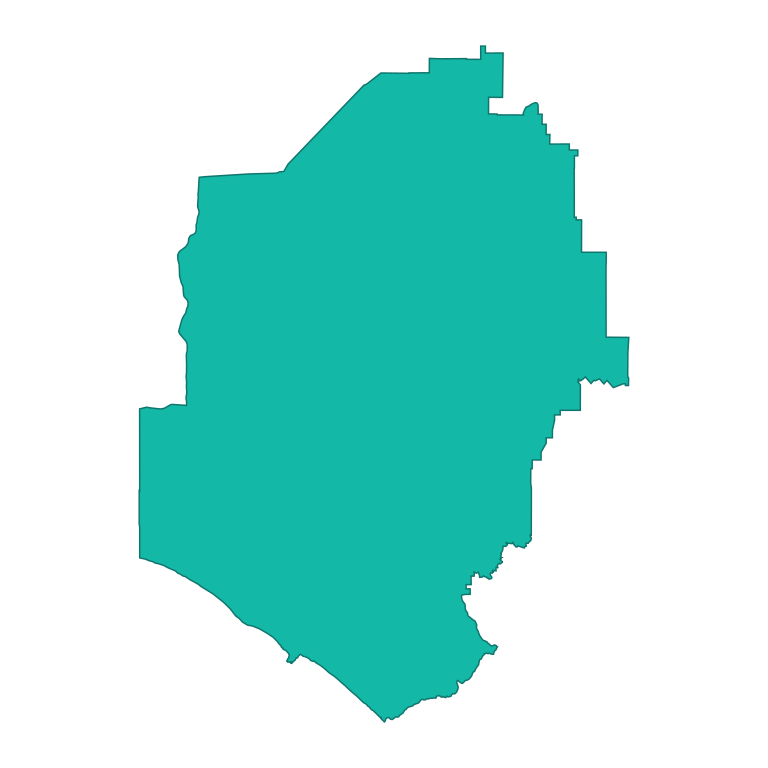 the district of Nannup, Western Australia, Australia
{"feature_id": "25037944B96867361654532", "entity_name": "Nannup", "entity_type": "district", "adm_level": 2, "iso_a3": "AUS", "parent_name": "Australia", "parent_adm1": "Western Australia", "projection": "equal_earth", "projection_center": [115.67, -34.135], "detail": "fine", "context": "isolated", "style": "filled", "palette": "teal", "viewbox_px": 768, "rotation_deg": 0, "n_neighbors": 0, "source": "geoboundaries", "source_scale": "gbopen_adm2", "svg_char_len": 6103}
<svg xmlns="http://www.w3.org/2000/svg" viewBox="0 0 768 768"><path d="M139.7,557.9L145.7,559.2L148.8,560.6L152.6,561.6L155.4,563.1L157.6,563.5L163.4,565.3L168.3,567.9L175.4,570.9L178.0,573.3L179.9,573.9L182.8,575.9L185.4,576.6L190.1,579.8L198.4,584.3L200.8,586.4L213.2,594.0L223.9,602.6L230.4,609.0L235.7,615.9L239.3,618.5L242.6,622.2L247.7,625.2L252.5,626.0L259.6,628.9L267.7,633.6L273.4,637.5L278.0,642.2L278.4,643.3L279.4,644.0L279.6,644.6L280.6,645.1L281.6,647.5L282.9,648.2L283.1,649.2L285.9,650.5L288.6,653.5L289.3,655.3L288.5,658.0L287.4,659.4L287.5,660.1L286.9,660.8L286.9,661.3L287.4,661.4L287.6,662.0L289.7,662.1L290.5,661.8L290.6,663.0L291.1,663.4L291.9,663.2L292.5,662.5L292.2,661.9L293.1,661.8L293.2,661.4L294.1,661.0L294.7,660.4L295.1,660.1L295.8,658.5L296.1,658.5L296.5,657.8L297.6,657.8L298.1,656.6L299.1,655.3L300.5,654.3L303.2,656.3L305.0,656.6L309.0,658.5L310.7,660.5L313.1,661.4L314.4,661.0L315.5,662.5L319.9,665.1L324.2,668.3L329.4,673.0L334.4,676.4L338.7,680.0L341.9,683.0L346.0,686.4L346.6,687.2L351.4,691.6L356.9,696.2L363.2,702.4L366.4,704.3L367.0,704.8L367.3,705.7L369.2,707.0L371.5,709.8L372.7,710.2L374.8,712.1L380.5,717.8L380.7,718.0L381.1,717.6L381.4,718.2L381.3,718.9L384.4,721.9L385.2,721.0L385.9,718.7L387.1,717.7L388.8,717.6L390.6,719.2L392.2,719.5L394.0,718.3L395.4,716.9L397.3,717.1L398.7,716.8L399.6,715.4L403.1,712.9L404.6,710.3L406.3,709.2L407.4,707.6L409.6,706.7L411.6,706.3L413.0,705.7L413.7,704.6L418.5,703.0L419.8,701.6L421.0,699.7L422.7,699.4L423.7,699.9L425.6,699.8L426.5,698.7L428.6,699.0L429.6,698.3L432.4,698.3L434.4,697.8L435.5,698.2L436.1,697.9L436.2,696.8L436.8,696.0L438.0,696.0L439.0,695.4L439.9,696.1L440.5,696.1L441.3,697.2L442.5,696.9L443.0,696.4L444.1,697.3L445.8,697.5L446.8,696.2L448.0,696.9L450.7,696.4L451.3,695.8L451.5,694.7L452.2,694.1L453.3,693.7L454.7,693.9L455.7,693.0L456.8,691.8L457.5,689.7L457.9,689.2L458.2,687.2L457.3,684.0L456.6,682.7L457.3,680.6L457.9,680.4L459.3,681.8L461.6,683.3L462.5,683.3L463.5,682.5L465.2,680.6L467.6,680.0L469.4,678.8L471.6,676.0L472.9,672.3L474.6,671.4L475.8,668.6L478.6,664.7L479.4,660.2L479.8,659.6L481.0,659.2L481.7,658.2L482.3,656.5L484.0,654.7L484.2,653.6L485.6,653.7L486.5,653.1L488.1,653.6L488.4,653.3L489.0,653.5L489.7,653.2L491.3,654.2L493.6,654.2L493.6,653.4L494.4,651.3L496.2,649.5L496.5,648.4L497.3,646.9L496.7,646.9L496.4,645.7L494.5,644.9L491.9,646.1L490.3,645.4L489.6,644.2L488.2,643.6L487.3,642.1L484.6,640.7L483.4,640.5L481.7,638.6L479.9,635.9L478.3,632.1L478.3,631.4L477.5,630.4L476.6,628.2L476.4,627.6L476.7,624.7L475.1,621.3L474.6,620.6L473.5,620.2L467.9,615.7L467.5,613.0L466.7,611.6L465.5,610.1L465.0,604.2L462.9,601.5L461.9,599.5L461.5,596.4L461.7,595.0L465.1,594.4L470.2,594.3L470.1,588.8L466.1,588.9L466.1,584.7L471.2,584.6L471.0,576.1L474.2,576.1L474.2,572.0L476.3,573.2L478.4,572.2L478.7,573.6L479.5,575.2L479.6,577.3L482.5,577.0L482.9,576.7L483.1,576.0L483.5,575.9L484.7,576.7L486.3,576.9L486.6,577.4L487.6,578.2L487.9,578.0L489.1,579.2L491.5,578.5L491.9,577.5L490.1,574.5L490.2,573.5L490.8,572.9L492.2,573.1L492.5,572.8L492.2,572.0L492.4,571.7L492.7,571.8L492.7,572.3L493.3,572.3L493.5,571.7L492.8,571.0L492.6,570.6L492.9,570.2L496.0,570.9L496.1,569.9L495.9,568.5L496.2,567.3L497.4,567.8L497.9,567.5L497.4,566.1L497.7,564.4L499.3,563.3L499.9,564.0L500.3,563.9L502.4,562.2L502.3,561.5L500.9,560.7L500.7,559.7L500.1,559.6L501.0,558.9L500.8,558.6L501.1,558.4L501.0,557.9L501.7,557.6L500.9,557.3L500.7,557.8L500.5,557.4L500.6,557.0L501.0,556.7L500.8,555.1L501.3,554.8L501.3,554.1L500.9,553.7L501.2,553.3L501.0,552.8L502.0,551.7L502.8,549.7L503.1,546.1L505.9,546.4L507.4,544.8L506.8,543.5L506.1,543.3L506.3,542.6L508.4,543.3L512.1,543.6L512.6,543.3L512.5,542.7L512.9,542.4L514.0,544.7L516.1,547.0L517.2,546.9L517.9,545.8L524.1,548.0L524.6,547.6L524.9,546.5L526.3,546.1L525.9,543.8L526.2,543.1L528.2,543.3L528.9,542.1L530.7,540.6L531.2,539.3L531.3,538.1L529.9,535.6L530.6,534.7L531.3,535.1L531.4,488.0L530.7,483.5L530.8,468.7L532.2,468.7L532.2,460.0L541.1,460.0L541.1,452.1L546.2,443.2L546.2,437.8L552.4,437.8L552.4,430.3L554.6,420.2L554.6,414.9L560.2,414.9L560.2,410.3L580.3,410.3L580.4,384.8L577.9,381.9L578.8,381.4L578.9,380.6L578.1,379.9L578.5,379.0L579.4,379.9L579.4,380.7L581.1,380.6L581.5,379.6L582.3,379.6L583.3,378.9L585.3,376.9L591.0,383.5L594.1,380.2L595.3,380.8L599.5,378.9L603.9,383.9L607.0,380.4L613.3,387.6L623.2,383.8L625.4,383.8L625.4,385.5L628.5,385.5L628.6,378.0L627.8,376.6L627.7,375.0L627.9,351.9L628.8,337.4L606.1,337.2L606.0,267.7L606.3,257.5L606.2,257.5L606.2,252.3L581.5,252.3L581.6,219.9L576.2,219.9L576.2,217.2L574.3,217.2L574.2,167.9L574.4,167.9L574.4,155.8L577.8,155.8L577.8,150.0L569.3,150.0L569.3,144.0L549.7,144.1L549.9,134.5L546.1,134.5L546.2,124.3L542.1,124.3L542.1,114.2L538.2,114.2L538.1,105.3L537.4,103.6L536.7,102.9L535.3,102.7L533.4,103.3L531.3,104.3L529.2,105.9L526.0,107.2L524.4,110.2L523.7,112.3L523.2,113.3L523.1,114.1L523.6,115.0L497.1,114.9L497.1,114.0L488.5,113.9L488.6,97.3L502.5,97.4L503.1,53.0L485.4,53.1L485.4,46.1L480.7,46.1L480.7,59.4L466.4,59.3L466.4,58.6L440.6,58.8L429.4,58.4L429.3,72.8L409.1,72.9L409.1,73.3L380.9,73.0L366.4,84.3L364.0,85.1L288.1,164.1L283.8,171.5L279.7,171.8L277.0,173.0L274.9,173.2L248.2,174.0L204.8,176.7L199.2,177.3L198.3,192.1L198.0,194.3L198.2,197.6L197.6,205.7L197.8,207.3L199.0,211.2L199.1,212.5L198.8,214.1L197.5,217.6L197.0,222.3L196.1,224.9L196.2,229.9L196.0,231.3L195.2,233.0L194.3,233.9L190.8,235.5L189.8,236.4L188.7,238.7L188.4,241.7L188.1,243.0L186.4,245.9L185.1,247.2L179.8,251.2L178.6,252.8L177.7,255.1L177.9,259.6L179.2,264.8L179.6,276.3L181.3,282.7L183.0,286.6L183.6,295.1L184.3,296.9L187.3,300.1L188.1,302.9L187.9,306.0L186.7,308.7L185.8,312.8L183.5,316.3L181.8,319.9L178.8,330.9L178.9,332.1L179.7,333.9L185.6,340.9L186.5,342.2L187.2,344.5L187.2,350.8L186.5,353.4L186.3,355.5L186.6,364.4L186.5,372.8L186.1,376.4L186.6,381.8L186.4,386.4L186.8,392.8L186.0,397.6L186.6,402.4L186.5,405.4L172.0,404.4L170.4,404.8L164.5,408.2L160.7,409.0L150.6,407.9L146.6,407.2L139.6,408.9L139.7,490.9L139.2,490.6L139.2,524.0L139.7,527.2L139.7,557.9Z" fill="#14b8a6" stroke="#0f766e" stroke-width="1.5"/></svg>